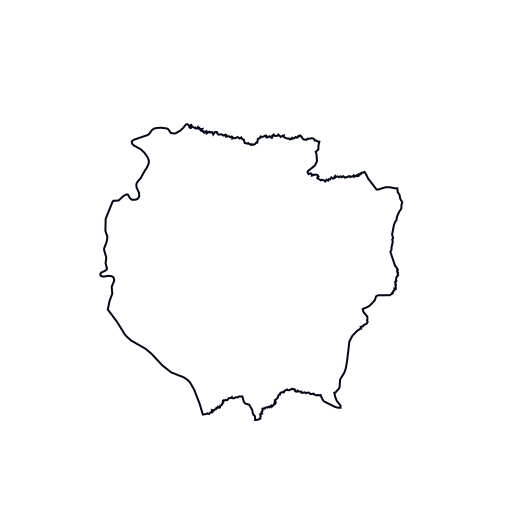 Tan Sum, Ubon Ratchathani, Thailand (Mercator projection), rotated 47°
{"feature_id": "78962969B64880163608761", "entity_name": "Tan Sum", "entity_type": "district", "adm_level": 2, "iso_a3": "THA", "parent_name": "Thailand", "parent_adm1": "Ubon Ratchathani", "projection": "mercator", "projection_center": [105.162, 15.397], "detail": "fine", "context": "isolated", "style": "outline", "palette": "ink", "viewbox_px": 512, "rotation_deg": 47, "n_neighbors": 0, "source": "geoboundaries", "source_scale": "gbopen_adm2", "svg_char_len": 6153}
<svg xmlns="http://www.w3.org/2000/svg" viewBox="0 0 512 512"><g transform="rotate(47 256 256)"><path d="M194.1,400.9L209.2,402.5L224.2,405.5L228.4,405.4L232.9,404.9L248.4,400.1L256.4,399.1L272.2,399.1L283.3,397.4L295.5,391.6L299.2,390.7L303.2,390.4L311.9,392.5L325.4,397.9L335.7,403.0L337.9,399.7L337.9,398.9L339.6,398.0L339.3,396.3L340.3,395.0L339.6,394.5L340.1,393.9L339.3,393.5L339.9,393.3L339.9,392.9L339.2,392.8L340.3,392.0L340.0,391.0L340.8,389.8L340.1,388.6L340.6,388.2L340.4,387.4L341.0,387.4L341.2,387.0L340.7,386.6L341.8,386.3L342.2,385.6L341.0,384.2L341.5,382.9L341.4,382.0L340.8,381.2L341.0,380.1L339.3,379.1L339.3,378.3L340.0,378.2L340.4,376.5L341.2,376.2L341.9,374.8L341.4,373.0L342.4,371.4L342.7,369.9L343.6,370.5L345.2,369.0L345.4,367.2L346.8,366.0L347.2,364.1L349.5,361.8L354.2,364.3L356.6,364.5L360.1,362.4L365.7,363.6L368.9,365.6L370.5,366.2L371.6,365.9L373.0,366.4L375.3,368.5L376.5,367.2L377.9,363.8L377.2,363.5L376.4,361.8L374.6,360.9L375.4,359.0L373.9,358.5L374.0,357.5L373.3,356.3L372.3,355.9L372.0,355.1L373.6,353.8L373.2,352.7L374.0,351.3L374.8,350.9L374.8,349.6L376.0,349.2L375.6,347.3L375.8,346.5L376.2,346.3L377.0,346.9L377.0,344.0L376.4,343.2L377.2,342.7L376.5,341.3L375.5,341.8L375.2,341.2L374.3,340.6L374.6,339.8L374.4,336.3L373.4,335.2L373.1,333.8L373.7,332.9L372.7,331.5L373.3,330.0L374.2,329.3L374.0,328.4L374.6,328.3L374.2,326.4L374.8,324.3L375.9,324.2L376.9,323.1L377.7,320.1L379.1,319.6L379.2,319.0L380.2,318.6L381.3,319.5L382.7,319.2L383.0,318.7L382.8,317.4L384.0,317.4L386.1,315.3L386.9,316.0L387.9,315.3L389.1,313.2L390.6,312.9L391.1,311.5L392.1,310.4L393.8,310.4L394.9,309.6L395.8,307.9L396.6,308.1L396.8,307.6L398.4,307.3L399.6,306.4L399.7,305.5L401.1,304.9L401.6,303.7L402.2,303.5L403.3,304.3L407.4,305.4L409.0,305.3L420.1,301.2L422.6,299.7L424.6,297.7L423.0,296.2L416.9,295.7L412.8,294.0L409.4,292.0L410.0,290.9L409.5,285.7L408.9,284.3L403.7,278.7L401.5,270.9L399.5,267.1L395.0,261.1L382.2,246.0L380.1,240.0L379.7,233.4L380.3,229.4L380.8,228.6L379.2,227.8L380.4,225.6L380.0,224.6L380.9,221.4L380.6,219.8L379.9,219.0L378.9,218.8L378.2,217.6L376.2,215.9L371.3,215.7L369.8,215.4L367.5,214.1L369.1,210.0L369.8,207.2L369.8,204.8L369.4,199.4L367.4,195.6L368.1,193.4L375.9,184.9L376.5,181.5L375.8,181.3L375.9,180.2L375.4,179.9L375.3,177.6L374.9,177.4L375.3,176.8L374.5,176.7L374.9,176.3L374.7,175.5L373.4,174.7L372.6,173.4L372.0,173.6L371.3,172.7L370.0,172.2L370.2,170.7L369.7,170.2L369.3,170.4L367.7,168.4L367.1,167.1L367.2,166.1L366.8,165.8L366.9,165.0L365.4,164.4L365.0,163.4L363.7,163.5L363.0,161.9L362.3,162.1L361.6,161.3L357.8,160.9L344.6,154.9L343.8,152.6L342.2,151.1L338.7,146.1L336.9,145.2L336.6,143.7L333.0,141.7L327.2,133.7L325.9,130.9L325.6,128.8L323.4,126.1L321.1,120.6L320.8,118.5L320.2,117.2L317.4,114.2L316.6,112.5L312.4,111.4L308.8,109.2L306.2,108.9L302.8,106.5L301.4,108.1L297.3,111.0L294.1,114.3L290.7,121.3L289.6,122.5L276.0,121.2L269.5,119.3L268.4,119.4L268.2,120.8L267.2,121.7L267.6,123.0L266.8,123.3L267.3,124.7L266.5,125.1L267.4,126.1L267.2,127.0L266.8,127.3L265.8,126.8L265.4,128.1L265.6,128.8L264.8,129.5L263.9,129.5L264.6,130.6L263.5,130.9L262.6,133.2L262.0,132.9L260.9,133.6L260.6,135.5L259.4,136.9L259.4,137.5L257.1,137.8L256.9,139.6L255.3,139.9L255.0,141.6L253.5,142.0L252.7,143.4L252.6,144.3L252.0,143.6L251.5,143.5L252.2,146.4L251.6,147.1L249.9,147.3L250.5,149.9L249.4,150.5L250.0,151.9L248.3,152.4L248.7,154.6L247.2,154.6L244.9,156.1L244.8,157.1L242.0,157.6L241.8,158.0L240.9,158.0L240.3,157.5L240.4,156.0L238.5,155.8L236.9,157.1L236.4,158.1L235.7,158.4L235.8,159.4L235.3,160.4L234.1,159.6L232.8,159.6L232.0,161.7L230.0,161.3L229.3,160.3L230.0,151.2L228.3,146.8L222.4,142.0L220.5,141.3L220.7,137.9L217.5,134.6L215.6,131.7L214.1,132.9L212.0,133.5L211.5,134.3L210.7,133.8L209.4,133.9L207.9,134.9L206.0,137.9L205.3,138.3L205.5,139.9L204.8,140.1L203.6,141.6L201.5,141.8L200.4,141.4L198.0,141.4L198.0,142.8L197.1,143.2L197.6,144.4L197.4,145.4L196.0,145.8L196.0,147.8L195.2,148.6L194.2,148.9L194.2,150.0L194.7,150.3L193.9,151.0L193.8,151.7L192.4,151.8L191.5,153.0L188.7,154.3L187.7,154.5L186.8,153.4L186.1,154.8L185.8,156.7L182.5,156.9L182.8,158.1L181.8,159.6L180.7,160.4L179.3,160.2L179.1,162.1L179.8,162.2L180.4,163.9L177.5,164.6L177.3,166.5L176.3,167.5L175.3,166.5L174.6,166.5L173.2,170.5L171.8,171.0L172.5,173.1L171.7,174.2L171.7,175.0L173.1,176.4L173.3,177.5L173.9,177.8L173.2,179.0L173.5,180.3L173.0,181.9L172.3,182.6L171.5,182.7L171.4,184.0L169.9,184.1L169.0,184.8L168.0,184.7L168.0,185.6L165.7,187.2L162.7,185.6L160.9,186.4L159.2,185.9L158.8,187.9L156.5,188.3L155.5,191.2L153.8,192.3L153.8,193.0L152.8,192.1L152.1,192.2L151.8,193.6L151.0,194.1L150.0,194.0L148.2,196.6L147.6,196.4L147.3,195.3L146.4,195.6L145.7,197.7L143.4,198.3L141.6,200.7L139.7,200.7L139.2,200.0L138.8,200.0L137.4,201.3L138.0,204.4L136.0,203.5L135.4,203.6L133.9,205.3L133.2,205.4L133.2,205.8L133.7,205.8L133.0,206.4L132.7,208.2L131.7,207.1L130.9,207.1L130.0,208.8L130.8,209.2L130.6,209.9L129.8,209.7L129.0,209.9L128.5,209.6L127.2,210.5L126.6,208.9L125.9,210.7L125.6,210.6L125.6,209.6L123.9,210.9L123.4,210.2L122.8,211.0L122.1,210.7L122.4,212.4L121.5,213.1L120.6,212.9L120.4,213.5L117.8,214.6L116.0,213.9L115.7,214.4L115.9,214.9L116.7,215.2L116.8,216.0L117.9,216.3L117.8,216.6L116.5,217.0L115.1,216.0L112.8,216.3L112.0,217.6L112.7,222.1L112.7,225.6L111.4,231.3L110.2,232.7L107.9,234.4L103.6,233.7L101.8,234.3L97.3,238.1L94.7,241.3L93.3,243.7L92.9,246.3L93.8,250.4L93.8,252.4L87.8,265.7L87.4,267.6L87.6,268.8L89.2,270.0L91.7,270.0L99.4,267.5L104.4,267.2L109.6,267.9L113.0,269.2L115.2,271.4L117.0,275.7L117.9,279.6L120.4,287.2L120.9,291.8L121.5,293.9L122.7,295.4L124.9,296.8L130.1,298.5L132.6,300.6L133.3,302.2L133.4,303.6L132.9,305.4L130.4,308.3L127.8,308.8L124.0,307.8L122.9,308.4L122.3,309.7L121.7,312.5L121.7,318.7L118.3,322.7L118.8,324.6L126.3,340.6L134.9,349.0L140.0,351.3L141.6,352.6L144.1,356.2L146.7,361.6L147.8,362.9L155.1,366.6L158.7,370.9L163.6,373.6L164.0,374.3L164.0,376.0L162.6,380.5L162.8,381.8L163.7,382.8L165.1,382.9L166.8,381.9L170.1,377.2L172.4,375.3L174.4,374.8L176.8,376.0L177.6,377.1L180.0,382.4L185.6,386.9L188.9,393.6L194.1,400.9Z" fill="none" stroke="#020617" stroke-width="2"/></g></svg>